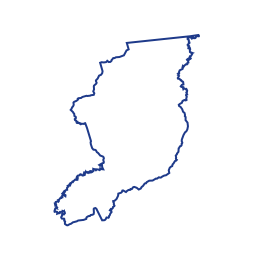 Miranda, Mato Grosso do Sul, Brazil (Mercator projection), rotated 74°
{"feature_id": "56859067B93702669901157", "entity_name": "Miranda", "entity_type": "district", "adm_level": 2, "iso_a3": "BRA", "parent_name": "Brazil", "parent_adm1": "Mato Grosso do Sul", "projection": "mercator", "projection_center": [-56.507, -20.138], "detail": "fine", "context": "isolated", "style": "outline", "palette": "blue", "viewbox_px": 256, "rotation_deg": 74, "n_neighbors": 0, "source": "geoboundaries", "source_scale": "gbopen_adm2", "svg_char_len": 5866}
<svg xmlns="http://www.w3.org/2000/svg" viewBox="0 0 256 256"><g transform="rotate(74 128 128)"><path d="M209.6,178.3L210.1,176.4L210.0,175.4L209.6,174.7L208.1,173.3L208.9,171.5L208.6,171.0L207.3,170.4L207.0,169.7L205.4,168.6L204.3,167.0L203.5,166.9L202.1,168.1L201.1,166.8L201.6,166.1L201.1,165.5L200.9,164.8L199.7,164.1L199.4,162.8L199.0,162.4L197.5,162.7L196.2,162.2L195.5,162.5L194.2,162.4L194.3,161.1L193.1,158.6L190.4,156.2L188.4,155.4L188.3,152.5L187.8,151.5L186.6,150.7L186.6,150.0L189.0,147.6L188.2,146.2L187.7,144.6L188.1,143.0L187.9,142.5L187.4,142.3L187.7,141.7L187.6,140.8L186.6,139.9L186.3,139.0L186.4,138.1L187.9,136.1L190.1,134.6L189.7,132.4L188.5,131.2L187.8,129.5L186.1,127.4L185.9,126.6L186.1,125.9L185.2,124.9L184.5,122.1L185.3,118.8L184.3,115.1L184.7,114.2L183.9,111.9L184.5,110.9L184.7,110.0L184.1,108.4L183.7,106.3L183.9,104.5L182.6,100.7L179.9,100.5L177.7,98.8L177.0,97.3L176.8,96.0L175.3,95.2L174.6,94.0L173.1,92.4L172.7,91.9L172.6,90.6L172.1,89.9L171.5,90.4L170.6,90.4L169.8,89.9L167.7,89.7L166.7,88.2L166.1,88.0L164.8,86.1L161.5,84.9L161.2,84.3L160.0,83.2L159.8,81.8L159.1,81.1L157.8,80.7L157.5,80.1L156.9,79.8L155.4,80.0L153.9,79.4L150.1,76.6L147.9,74.4L147.3,72.9L145.8,71.4L142.9,69.9L139.2,69.3L136.3,70.5L133.4,69.6L132.3,70.1L131.2,69.6L129.1,69.5L127.5,70.6L124.9,70.7L122.3,71.6L121.0,72.8L119.7,72.8L119.1,71.4L118.6,69.2L117.2,68.3L116.9,67.6L117.0,67.1L116.7,66.6L116.7,65.8L117.4,64.9L117.2,64.0L115.7,63.9L114.2,62.9L112.6,63.2L112.0,62.9L112.0,61.9L109.9,62.1L109.8,61.5L108.4,60.8L106.7,61.1L106.9,61.7L105.8,62.6L105.5,63.4L105.9,64.1L105.2,64.1L104.9,63.5L104.0,63.5L103.2,65.4L102.5,65.8L101.4,64.3L101.4,62.7L99.0,62.3L98.3,62.7L98.1,63.2L96.7,63.7L96.7,64.2L95.0,64.9L94.4,66.3L93.7,66.4L92.0,64.6L90.9,65.3L90.5,64.5L89.9,64.3L89.5,64.6L89.4,63.7L88.2,63.5L86.8,62.4L86.3,59.3L84.9,58.4L84.4,57.6L83.8,57.8L83.7,57.0L82.7,54.6L83.1,53.9L82.8,53.2L81.9,53.0L81.7,51.9L80.0,51.8L79.3,50.7L78.9,51.1L79.1,52.3L78.6,52.5L78.2,51.8L77.6,49.6L78.4,49.4L78.7,48.9L78.4,48.5L76.8,49.2L76.1,48.7L76.3,48.1L76.0,47.4L74.3,45.7L73.3,46.5L73.3,45.8L72.0,47.5L69.8,47.0L69.4,46.5L68.0,46.5L68.0,47.0L68.3,47.5L68.0,48.0L67.4,47.7L67.2,46.9L66.4,47.0L65.7,47.5L65.6,46.9L64.3,47.5L63.9,46.7L63.3,46.3L63.3,45.6L62.6,45.3L62.0,45.8L60.3,45.3L59.0,46.2L58.3,46.0L58.1,44.8L57.5,43.9L57.4,42.8L57.8,42.3L58.4,42.4L58.3,41.2L59.6,41.7L59.6,40.8L59.1,40.2L60.0,39.4L60.1,38.6L59.8,38.0L58.6,37.1L58.4,36.5L59.2,35.4L59.3,34.6L58.6,34.4L58.0,34.7L56.9,43.1L45.9,105.7L52.6,105.7L53.0,108.0L57.0,111.9L57.4,116.7L56.7,120.1L57.1,121.7L56.8,122.4L56.8,123.1L57.8,124.3L58.0,124.9L59.0,125.5L59.6,126.8L59.3,128.3L57.7,129.4L58.5,130.5L58.6,131.1L58.3,133.2L57.5,135.2L57.6,136.8L66.4,136.8L68.2,137.7L69.4,139.2L69.7,141.4L72.1,143.5L73.4,145.7L74.3,145.9L75.9,145.7L76.6,146.3L77.9,149.0L78.6,149.4L81.5,150.0L83.2,151.3L85.3,150.8L86.7,151.8L86.3,154.6L86.5,155.4L86.0,158.4L85.6,159.0L85.6,163.3L86.2,164.8L85.7,167.5L86.0,168.2L86.7,168.1L87.1,168.6L87.7,170.2L88.0,172.6L88.5,173.4L90.8,173.8L92.1,174.9L92.7,176.0L94.0,177.0L94.8,178.1L97.7,176.4L98.3,176.4L99.4,175.8L101.7,176.2L102.8,175.2L104.0,175.3L104.7,176.7L105.3,176.8L105.9,176.7L106.6,175.8L107.8,175.9L108.1,174.8L108.7,174.7L109.2,175.3L109.6,174.5L109.6,173.6L110.4,172.5L111.0,172.8L111.4,172.4L111.2,171.4L111.9,169.1L111.5,168.6L111.6,167.8L116.6,167.4L130.5,167.2L131.4,167.9L133.4,168.2L137.5,168.0L139.3,167.2L139.9,165.7L140.6,165.0L142.6,164.6L143.8,163.6L146.8,162.3L148.5,160.0L149.2,159.6L150.4,159.5L151.9,160.6L154.1,160.6L154.9,161.2L154.8,162.3L155.6,165.8L156.6,165.1L156.0,163.8L156.4,163.2L158.6,163.6L160.9,163.2L160.4,164.4L159.8,164.7L160.0,165.5L159.4,165.8L160.2,166.1L160.5,166.6L160.0,166.8L160.3,167.3L159.6,168.2L159.0,169.8L159.5,169.9L159.8,170.5L158.5,171.3L157.8,172.5L158.4,172.5L158.6,173.0L159.7,173.0L160.4,174.5L160.1,174.9L160.3,175.6L159.8,175.6L159.6,175.0L159.1,175.5L159.1,176.2L159.7,176.1L159.9,176.7L160.3,177.5L159.6,178.8L159.0,179.4L159.0,179.9L159.5,179.8L159.1,180.4L158.4,180.6L159.0,181.0L158.6,182.4L159.9,182.9L159.9,181.9L161.2,182.5L161.3,184.5L160.9,185.1L160.0,185.3L159.9,186.2L159.4,186.5L159.5,187.1L160.1,187.6L160.0,189.4L160.5,189.7L160.5,190.3L161.1,190.8L161.7,190.4L161.8,191.0L162.2,191.0L163.0,190.5L163.2,191.2L163.8,191.2L163.6,191.9L163.0,192.0L162.9,192.8L163.8,194.4L163.9,195.1L164.7,195.8L164.3,196.3L165.4,197.8L165.1,198.2L165.3,198.9L166.6,199.0L167.2,199.5L166.4,200.2L166.8,200.6L166.9,201.4L167.4,201.0L167.9,201.4L168.4,202.9L170.5,203.5L170.2,204.1L170.9,205.2L170.9,206.0L171.5,206.0L172.0,206.4L171.6,207.2L172.1,207.5L172.2,208.2L172.9,208.6L173.0,209.2L173.6,209.0L173.3,208.3L173.6,207.6L174.2,207.5L175.4,206.6L176.3,207.0L175.2,207.9L174.6,209.6L175.0,210.0L176.6,210.2L176.6,210.8L176.3,211.3L176.9,211.6L176.8,212.6L178.0,214.1L178.0,214.8L178.7,214.5L179.3,214.7L179.7,215.3L179.1,215.8L179.2,217.8L180.2,218.1L180.2,219.1L181.8,219.2L181.4,218.6L181.8,218.2L183.6,218.6L184.7,218.1L184.9,218.9L185.6,218.7L185.2,219.4L185.3,220.1L187.6,221.6L188.3,221.6L188.3,220.5L188.9,220.0L189.1,219.3L189.6,219.1L190.9,219.7L190.8,218.0L190.2,217.0L190.8,216.8L190.1,215.6L190.1,214.8L190.7,214.3L190.5,213.6L189.9,213.5L190.4,212.9L190.2,212.4L190.7,212.5L191.1,212.1L192.5,212.1L193.4,213.4L192.8,214.1L192.6,214.8L193.3,214.8L193.5,215.5L194.3,215.7L195.0,216.6L195.7,216.9L196.9,216.5L197.5,214.5L198.1,214.3L199.5,214.9L200.0,214.4L200.5,214.2L201.9,214.9L203.0,215.0L204.6,213.6L204.9,212.7L204.4,210.7L204.3,209.0L203.5,207.0L203.6,202.9L203.2,201.4L204.1,196.1L203.9,193.2L202.6,192.6L202.3,192.1L201.8,190.3L202.1,188.9L201.4,187.9L201.6,185.9L201.3,184.8L200.0,184.1L196.4,183.3L196.0,182.9L195.9,181.5L196.8,180.7L209.6,178.3ZM83.8,57.8L83.9,58.4L83.4,58.1L83.8,57.8ZM159.9,176.7L159.3,176.7L159.4,177.3L159.9,176.7Z" fill="none" stroke="#1e3a8a" stroke-width="2"/></g></svg>